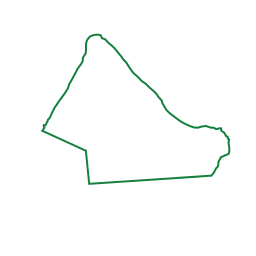 outline of Ngebeianged, Palau, rotated 46°
{"feature_id": "81905179B65158388744507", "entity_name": "Ngebeianged", "entity_type": "district", "adm_level": 2, "iso_a3": "PLW", "parent_name": "Palau", "parent_adm1": "", "projection": "orthographic", "projection_center": [134.133, 6.918], "detail": "fine", "context": "isolated", "style": "outline", "palette": "green", "viewbox_px": 256, "rotation_deg": 46, "n_neighbors": 0, "source": "geoboundaries", "source_scale": "gbopen_adm2", "svg_char_len": 1409}
<svg xmlns="http://www.w3.org/2000/svg" viewBox="0 0 256 256"><g transform="rotate(46 128 128)"><path d="M141.2,194.7L220.2,101.1L219.7,97.1L218.2,92.8L218.1,90.1L217.4,88.9L215.1,86.4L214.1,82.7L213.5,81.6L216.5,73.6L215.9,72.4L214.3,70.5L213.0,69.2L208.4,65.9L206.5,63.3L205.0,63.5L203.4,62.4L201.9,63.1L198.7,62.1L196.9,62.3L195.3,62.7L193.9,62.2L192.9,61.3L191.5,62.7L190.8,64.3L189.9,65.5L187.4,66.1L184.9,68.5L181.9,69.9L180.6,70.6L178.5,73.5L177.1,75.9L176.7,77.0L174.3,79.5L173.3,80.2L171.9,80.9L169.2,82.3L163.4,84.5L160.0,85.5L156.1,86.2L147.5,87.6L145.0,87.8L142.8,87.8L140.9,87.7L136.7,86.7L134.4,86.1L131.6,84.7L126.7,84.5L123.7,83.9L121.3,83.8L118.8,83.9L114.5,84.4L108.0,84.6L104.4,85.4L103.2,85.5L99.1,85.4L92.1,85.9L87.0,85.3L81.0,84.0L79.1,83.7L75.3,83.8L73.9,83.5L72.3,83.2L61.2,82.3L57.7,82.4L56.0,82.6L52.1,83.0L50.4,82.8L48.4,82.8L45.3,84.3L42.5,83.2L40.1,84.6L37.6,87.6L36.8,89.1L36.0,91.0L35.8,92.7L36.0,94.4L36.3,95.9L36.9,97.4L37.9,99.2L40.1,101.6L42.0,103.2L43.5,104.9L44.9,106.7L45.3,107.8L45.7,110.0L46.4,112.1L48.1,113.6L49.1,116.1L49.6,118.4L50.1,121.7L50.5,123.3L53.8,133.5L55.7,139.9L57.5,143.2L58.0,144.6L59.1,149.3L61.1,160.7L61.8,163.2L62.3,166.4L65.0,173.9L66.0,176.2L66.4,178.1L66.4,179.8L67.2,181.0L67.6,182.7L68.5,184.3L68.5,185.8L67.5,186.5L68.3,187.5L69.6,187.8L70.2,189.9L70.5,191.6L115.1,174.1L141.2,194.7Z" fill="none" stroke="#15803d" stroke-width="2"/></g></svg>